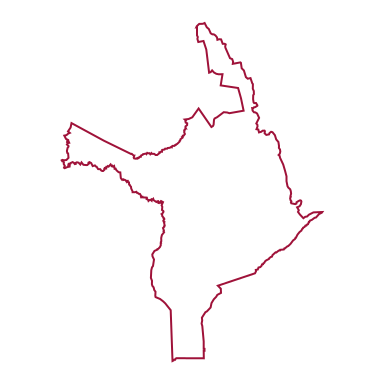 Masaiti, Copperbelt, Zambia
{"feature_id": "96606910B87020590647468", "entity_name": "Masaiti", "entity_type": "district", "adm_level": 2, "iso_a3": "ZMB", "parent_name": "Zambia", "parent_adm1": "Copperbelt", "projection": "robinson", "projection_center": [28.591, -13.342], "detail": "fine", "context": "isolated", "style": "outline", "palette": "rose", "viewbox_px": 384, "rotation_deg": 0, "n_neighbors": 0, "source": "geoboundaries", "source_scale": "gbopen_adm2", "svg_char_len": 5980}
<svg xmlns="http://www.w3.org/2000/svg" viewBox="0 0 384 384"><path d="M255.0,273.3L256.0,271.3L255.8,269.9L257.8,269.5L258.5,267.5L260.3,267.1L261.6,265.7L262.0,264.4L263.1,264.2L263.3,263.4L264.3,262.8L265.0,261.4L266.3,260.3L268.9,259.0L269.0,258.5L270.6,257.1L272.0,256.6L272.5,255.1L275.6,252.3L276.3,252.5L278.7,250.6L280.1,250.4L280.2,249.8L283.8,249.5L284.4,248.4L284.8,248.5L287.4,246.3L288.2,246.1L290.5,243.9L293.1,240.4L294.9,239.1L295.5,237.8L295.9,237.8L297.5,234.6L299.6,232.0L301.4,230.6L302.0,229.2L303.0,228.3L303.1,227.7L304.6,226.9L305.5,225.5L306.4,225.6L307.1,224.5L308.0,224.2L308.8,222.0L309.2,222.1L310.0,220.6L311.8,219.9L314.6,217.8L316.0,217.5L319.0,214.1L321.8,212.7L322.3,212.0L313.4,212.4L308.9,214.7L307.1,216.5L305.2,216.8L303.4,218.2L299.9,214.5L298.0,211.9L298.8,210.2L297.1,207.3L299.5,206.3L300.9,204.2L301.4,201.6L301.1,200.7L300.1,200.3L298.6,201.0L296.5,202.3L296.4,203.6L295.2,204.1L291.3,203.3L290.9,202.3L291.4,201.3L290.5,200.1L290.1,198.1L290.8,196.8L290.4,196.3L291.1,193.7L290.8,191.2L290.2,189.3L288.3,187.6L287.5,186.2L286.5,181.2L286.5,176.3L285.0,170.6L283.2,164.5L280.0,157.7L279.7,156.0L278.6,155.0L279.8,153.7L280.3,151.6L280.0,149.5L278.9,147.9L279.0,145.9L278.4,142.0L276.2,139.4L274.9,135.2L272.5,132.2L271.1,131.8L269.5,133.1L269.0,134.4L266.3,134.9L264.6,133.3L264.9,131.2L264.5,130.6L262.6,130.7L261.2,131.8L259.0,132.4L258.3,129.5L256.5,129.2L257.5,126.5L257.4,124.8L256.3,123.5L259.1,117.9L257.1,113.5L255.4,112.4L254.0,112.3L252.6,110.6L252.2,108.1L253.3,108.2L253.8,107.4L255.2,107.1L257.3,105.8L257.4,105.3L256.0,103.0L254.2,103.1L253.6,102.4L253.1,99.3L253.2,95.2L253.9,94.2L253.8,91.0L252.8,88.8L252.9,84.1L252.3,83.4L250.5,78.1L247.7,78.7L245.9,77.1L243.9,70.5L241.7,68.3L240.9,62.8L240.4,62.4L232.8,63.8L233.1,61.7L232.2,59.1L230.0,58.2L225.4,47.7L225.2,46.3L225.7,44.4L224.7,43.8L222.7,43.8L221.1,39.4L219.2,39.2L217.4,39.8L217.0,37.4L215.4,35.4L213.7,34.3L212.3,34.3L210.7,33.3L208.8,29.0L206.8,27.3L204.6,23.0L202.9,23.8L199.2,23.9L196.8,26.2L196.4,27.1L197.0,26.9L197.0,35.4L197.8,37.0L197.4,38.9L198.3,42.0L203.5,41.0L206.3,49.6L209.1,72.7L210.7,72.1L212.1,70.4L214.0,72.5L216.3,73.8L218.8,74.3L222.5,74.2L220.7,85.4L238.1,88.0L241.0,98.3L243.6,110.7L229.4,113.2L227.2,112.5L223.7,112.2L217.1,117.2L214.6,118.5L214.0,119.8L213.6,124.7L212.9,126.1L211.4,127.0L198.6,108.5L192.3,117.3L188.6,119.0L184.8,119.5L185.9,120.5L185.4,121.2L185.7,122.6L187.2,123.3L187.1,125.1L185.5,126.4L185.4,127.3L185.8,128.2L185.5,128.1L185.0,129.7L184.5,129.8L184.1,130.9L184.4,131.6L184.2,132.4L184.9,134.0L183.7,135.6L182.8,135.7L182.8,136.7L182.1,137.0L182.5,137.7L180.4,139.3L180.2,140.6L179.6,140.9L179.5,141.7L177.1,144.0L176.1,144.4L175.8,145.0L175.0,145.1L174.5,145.9L172.5,145.9L172.0,146.3L171.8,147.3L171.0,147.0L169.8,147.8L167.7,148.0L167.1,148.7L165.1,148.7L164.6,149.5L162.2,149.9L162.0,151.7L161.0,151.6L160.1,152.6L159.4,152.3L159.1,153.4L157.1,155.0L155.6,155.0L154.3,153.9L151.7,153.8L151.4,153.2L150.3,154.3L149.5,153.2L147.8,153.3L147.2,152.9L146.5,153.9L146.3,153.5L143.0,154.2L142.8,154.7L141.1,155.5L140.8,156.8L139.5,156.8L139.1,157.7L138.2,157.8L138.1,158.3L137.4,158.6L137.2,158.1L135.8,158.7L134.1,158.4L133.7,157.6L134.3,155.6L133.7,155.6L131.7,153.8L131.1,154.0L103.9,140.7L71.5,123.1L70.6,127.5L68.0,131.4L69.8,132.9L68.2,133.6L66.5,135.1L64.3,135.6L66.0,138.9L68.2,140.0L68.3,141.0L67.2,141.2L67.1,141.8L68.7,141.7L69.2,142.8L67.8,143.1L66.9,144.5L68.4,145.8L68.5,146.7L67.6,147.8L66.9,151.0L67.3,153.0L68.1,153.4L68.5,157.8L66.4,160.0L64.1,160.3L62.4,159.9L61.7,160.3L62.4,161.4L63.3,161.5L63.9,162.4L63.7,163.9L64.8,165.9L64.0,167.7L64.7,168.2L67.5,167.0L69.6,166.6L69.7,165.6L69.3,165.4L69.1,164.4L68.4,164.6L68.5,164.1L69.1,163.6L70.4,163.7L70.7,163.0L72.6,162.1L73.8,162.8L74.8,164.1L75.2,164.0L75.0,163.4L75.7,163.5L75.6,162.9L76.9,162.3L78.6,162.7L80.3,164.5L81.5,162.4L83.4,164.8L86.5,165.1L87.3,165.0L88.8,163.7L88.4,163.1L88.5,162.6L89.5,162.1L91.2,163.1L92.7,166.1L94.9,165.4L95.8,166.5L96.6,166.7L98.1,169.1L100.3,169.2L101.1,170.4L102.2,171.0L103.1,171.0L104.5,169.7L104.7,169.2L104.3,168.8L104.7,168.0L106.2,168.4L106.3,166.8L107.4,166.7L107.8,166.1L108.6,166.6L110.6,164.4L111.6,166.1L112.5,165.6L113.1,166.1L113.1,166.7L113.9,166.9L114.2,166.5L114.6,168.8L115.6,168.6L116.4,170.2L118.6,172.2L120.3,172.4L120.8,178.0L122.0,179.7L123.0,179.3L123.3,180.0L124.4,179.7L125.5,180.2L126.9,182.1L127.2,181.8L127.0,180.9L127.7,180.9L127.6,181.7L129.0,182.4L129.1,184.5L129.7,184.8L129.7,185.2L131.0,186.8L131.2,188.5L132.6,191.5L132.6,192.2L135.0,192.2L136.4,191.8L136.9,192.8L137.7,192.9L138.7,193.8L139.9,193.9L141.1,195.9L140.9,196.8L141.2,197.4L142.6,196.8L142.9,197.4L146.8,197.6L147.0,198.0L146.6,199.0L148.2,199.9L148.5,200.9L149.4,200.1L150.5,199.8L151.6,200.7L151.8,199.3L152.4,199.5L153.2,198.8L153.5,200.0L156.0,201.8L156.5,202.0L157.2,201.3L158.1,201.2L158.3,202.9L159.0,203.1L159.6,202.4L160.7,202.8L161.0,202.2L160.5,201.5L161.0,201.0L163.0,202.1L161.6,205.3L162.3,206.8L162.0,210.0L163.3,211.0L163.5,211.8L162.2,213.8L161.6,214.1L162.2,214.9L162.2,216.0L164.1,218.4L163.7,218.8L164.2,219.5L163.3,220.8L163.7,221.7L164.4,222.0L164.1,222.8L164.7,225.6L164.1,226.2L164.3,226.7L163.0,228.0L163.9,230.6L163.5,231.2L164.1,232.2L161.9,235.0L161.2,238.0L161.3,241.2L160.8,242.1L161.1,243.0L160.7,243.3L160.8,245.2L159.9,247.1L158.3,248.8L157.4,249.1L157.4,249.6L154.5,250.9L152.3,254.4L152.5,256.3L154.0,259.5L153.0,266.0L152.0,267.4L151.3,270.1L150.9,277.9L152.0,280.8L151.9,284.2L152.4,285.9L153.6,287.3L154.3,290.1L155.5,291.7L155.3,295.9L155.6,297.1L160.1,299.0L163.2,301.4L165.2,303.3L170.7,310.2L172.5,361.0L173.7,360.4L174.3,359.6L175.2,359.7L175.7,358.6L176.5,358.2L203.8,358.3L203.7,350.8L204.5,350.8L204.5,348.8L203.7,348.7L203.7,341.4L202.3,326.0L201.6,323.6L202.2,320.4L201.9,317.7L205.4,312.2L206.9,311.4L210.6,307.5L211.5,303.1L213.8,299.3L216.2,296.8L217.3,294.9L221.0,292.9L220.8,288.7L217.9,285.7L255.0,273.3Z" fill="none" stroke="#9f1239" stroke-width="2"/></svg>